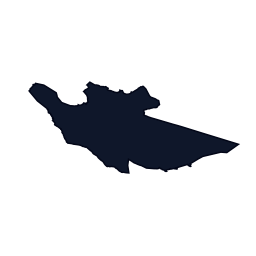 outline of Lillehammer nor, Oppland, Norway, rotated 29°
{"feature_id": "86288312B86660801630456", "entity_name": "Lillehammer nor", "entity_type": "district", "adm_level": 2, "iso_a3": "NOR", "parent_name": "Norway", "parent_adm1": "Oppland", "projection": "robinson", "projection_center": [10.321, 61.133], "detail": "fine", "context": "isolated", "style": "filled", "palette": "ink", "viewbox_px": 256, "rotation_deg": 29, "n_neighbors": 0, "source": "geoboundaries", "source_scale": "gbopen_adm2", "svg_char_len": 5535}
<svg xmlns="http://www.w3.org/2000/svg" viewBox="0 0 256 256"><g transform="rotate(29 128 128)"><path d="M150.5,166.9L145.9,160.9L143.6,155.1L147.1,155.2L147.7,155.2L148.2,155.4L148.9,155.3L150.1,155.5L152.1,155.2L153.8,155.1L156.7,154.7L157.6,154.4L158.7,154.3L159.5,154.3L161.1,154.2L163.5,154.1L170.3,151.0L173.4,149.4L174.3,148.6L174.2,147.9L174.4,147.3L174.8,147.3L175.2,147.6L175.5,147.7L176.3,147.8L176.7,147.4L176.9,147.4L178.1,147.8L179.6,147.3L181.6,147.8L182.5,147.4L182.7,147.2L182.4,147.1L182.3,146.8L182.1,146.5L181.8,146.4L181.7,146.2L184.5,143.8L184.2,143.6L184.2,143.4L184.8,142.9L185.6,143.0L187.7,141.2L189.1,140.9L189.3,140.5L189.6,140.4L190.3,140.3L190.4,140.2L190.7,140.2L190.7,139.8L190.0,139.7L189.3,139.6L197.8,130.9L198.8,131.5L199.1,131.4L199.4,131.5L200.4,131.5L201.2,131.4L201.4,131.2L201.2,131.1L200.4,130.7L200.6,130.4L200.8,129.6L200.4,129.1L200.5,129.1L199.7,128.8L200.3,128.1L201.4,126.2L204.3,121.1L207.1,116.7L207.7,116.1L220.9,104.1L226.3,101.6L232.5,88.7L196.5,96.3L174.8,100.8L170.3,101.8L165.8,102.9L149.2,106.6L143.5,107.9L140.2,108.5L138.2,108.6L138.0,108.8L136.4,109.0L135.7,108.9L135.2,108.6L135.0,108.0L135.3,107.7L134.9,107.3L134.9,106.7L134.5,106.5L133.9,105.9L133.5,105.7L133.4,105.4L133.1,105.1L133.1,104.9L133.4,104.4L133.8,104.1L133.9,103.8L135.1,102.8L135.1,102.6L135.3,102.2L136.8,101.1L137.4,100.8L138.4,99.6L139.4,98.8L140.1,98.0L140.7,97.6L141.9,97.0L142.8,96.4L143.4,95.4L143.4,95.1L143.2,94.9L143.2,94.7L143.4,94.4L143.4,93.7L144.0,92.8L144.2,92.4L144.2,92.2L143.0,91.0L142.6,90.3L141.9,89.7L141.5,89.2L139.3,89.5L138.7,89.3L137.5,89.3L132.8,90.0L131.2,89.5L124.6,85.2L121.2,84.2L121.0,84.3L120.5,84.6L120.2,85.2L119.8,85.6L119.2,85.8L119.1,86.2L117.8,88.3L117.7,89.3L117.5,89.7L115.8,92.5L115.4,93.4L114.7,94.4L114.3,94.8L113.4,94.9L113.4,95.3L113.7,96.0L113.1,97.1L111.8,98.3L109.8,99.5L109.4,99.6L109.1,99.5L108.5,99.5L107.2,99.9L107.0,99.6L105.4,98.4L105.0,98.1L104.3,98.5L102.6,98.9L103.1,99.6L102.9,99.7L102.8,100.1L103.0,100.1L103.3,100.5L103.2,100.7L102.6,101.0L102.3,101.4L102.0,101.5L101.9,102.1L100.7,102.6L100.0,102.7L99.6,103.0L99.4,103.2L98.6,103.5L98.0,103.1L97.7,103.3L96.2,103.6L95.3,103.6L94.9,104.0L94.6,103.8L94.4,103.9L93.0,104.4L91.9,104.5L91.2,104.3L91.4,104.0L91.4,103.8L91.4,103.6L91.5,103.1L91.4,102.9L90.9,103.1L90.5,102.9L89.3,102.8L88.6,102.6L88.1,102.9L87.8,103.2L87.0,103.8L86.5,103.7L84.2,104.9L83.1,105.3L82.7,105.1L82.2,105.0L81.4,105.1L79.6,105.7L78.2,106.5L72.4,106.4L71.2,110.3L71.9,110.3L72.5,110.6L72.8,110.9L74.3,111.7L73.0,114.2L72.1,115.4L71.9,116.4L71.5,117.6L72.8,117.9L73.5,118.3L76.0,119.2L76.3,119.5L77.3,120.3L77.7,120.7L77.8,120.9L78.4,121.4L78.6,121.4L78.6,121.5L78.4,121.8L78.5,122.2L78.9,122.6L80.1,124.3L80.6,124.4L80.3,124.8L80.2,125.0L79.9,125.3L79.8,125.8L80.0,126.2L79.9,126.5L80.0,126.9L79.6,127.1L79.6,127.5L79.3,127.4L79.1,127.2L78.5,127.1L78.2,127.5L77.2,127.5L77.0,128.3L77.0,128.7L77.0,128.9L77.0,129.3L76.5,129.6L76.1,130.7L75.8,130.9L75.0,131.2L74.5,131.7L74.2,131.8L73.3,131.8L73.4,132.0L73.1,132.7L73.2,133.1L72.9,133.2L72.3,133.6L71.6,134.0L70.7,134.7L69.5,135.2L67.8,136.0L67.0,136.5L57.7,137.9L51.1,135.3L50.1,134.0L48.1,132.0L33.6,131.3L25.5,133.8L25.5,134.3L25.4,134.6L25.7,135.1L25.6,135.3L24.9,135.5L24.9,135.9L24.1,135.9L24.0,136.0L24.7,136.7L24.5,137.0L24.6,137.3L24.4,137.6L24.3,137.9L24.5,138.3L24.3,138.4L24.4,138.7L24.2,139.1L24.1,139.6L23.8,140.0L23.8,140.4L23.8,140.5L23.6,140.9L23.8,141.0L23.7,141.3L23.6,141.5L23.9,141.9L24.0,142.3L23.9,142.4L24.0,142.6L23.5,143.2L23.5,143.4L23.7,143.6L35.6,148.2L48.4,150.3L48.3,150.5L48.5,150.6L48.5,150.8L49.0,150.8L48.9,151.0L49.9,151.5L50.0,151.9L50.4,152.1L50.4,152.3L50.6,152.5L50.7,152.8L51.0,153.2L51.5,153.2L52.2,153.1L52.3,153.0L52.8,152.9L53.1,153.2L53.7,153.3L53.9,153.7L54.4,153.7L54.5,153.8L54.4,153.9L54.7,153.8L54.9,153.9L54.9,154.0L55.2,154.2L55.0,154.3L55.4,154.5L55.6,154.7L56.2,154.9L56.6,155.2L57.0,155.2L57.1,155.5L57.3,155.4L57.8,155.6L57.6,155.8L57.8,156.0L57.6,156.0L57.6,156.4L57.9,156.6L58.0,156.5L58.3,156.5L58.4,157.0L58.7,157.0L59.1,157.5L58.9,157.8L58.7,158.1L59.3,158.2L59.7,158.4L59.9,158.3L60.4,158.5L60.8,158.6L60.9,158.8L61.8,159.1L62.0,159.8L62.2,160.0L62.3,160.3L62.2,160.6L62.3,160.7L63.3,160.8L64.0,160.6L64.3,160.9L64.8,160.9L65.5,160.8L67.3,161.0L68.1,161.2L69.3,161.2L69.5,161.3L69.7,161.6L70.1,161.4L70.9,162.1L72.2,162.7L72.3,162.8L72.2,163.0L72.3,163.3L72.2,163.6L73.2,164.3L74.1,164.5L74.4,164.9L74.8,165.1L75.2,165.7L76.6,166.7L76.7,166.9L77.0,167.1L77.0,167.3L77.6,167.5L77.9,168.0L78.4,168.1L79.5,168.7L80.2,169.0L80.4,169.2L80.8,169.4L80.8,169.6L80.8,169.9L81.3,170.1L81.8,170.0L82.6,170.4L86.5,168.9L88.0,168.6L91.8,167.1L94.3,166.2L94.5,166.3L95.1,166.1L95.8,166.0L96.3,166.0L96.7,166.1L97.2,166.1L97.6,165.8L100.1,165.4L100.8,164.8L105.9,165.9L106.3,166.0L107.8,166.0L108.0,166.2L108.7,166.6L109.5,167.0L110.4,167.3L114.5,167.4L114.9,167.6L116.4,168.4L117.5,168.7L120.2,169.3L122.2,169.4L123.9,170.2L124.4,170.6L126.1,171.3L128.1,171.8L128.8,171.6L129.0,171.2L129.3,171.1L129.6,170.9L130.5,170.8L131.4,170.2L131.9,169.8L132.2,169.7L132.3,169.5L133.0,169.3L133.5,169.1L134.0,169.0L134.2,168.8L134.6,168.5L135.3,168.5L135.8,168.8L136.0,168.8L137.5,169.1L138.1,168.8L138.5,168.8L138.9,169.1L139.2,169.1L139.7,169.4L140.2,169.5L140.6,169.5L140.8,169.7L141.3,169.6L141.8,169.8L142.0,169.8L142.8,169.7L143.3,169.5L143.5,169.6L143.6,169.8L143.9,169.8L144.3,169.6L144.9,169.3L144.9,169.1L145.0,169.0L145.8,168.7L146.3,168.6L147.8,168.1L150.5,166.9Z" fill="#0f172a" stroke="#020617" stroke-width="1.5"/></g></svg>